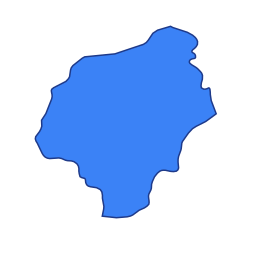 map outline of Bistrita-Nasaud (Natural Earth projection), rotated 343°
{"feature_id": "ROU-295", "entity_name": "Bistrita-Nasaud", "entity_type": "County", "adm_level": 1, "iso_a3": "ROU", "parent_name": "Romania", "parent_adm1": "", "projection": "natural_earth1", "projection_center": [24.568, 47.164], "detail": "fine", "context": "isolated", "style": "filled", "palette": "blue", "viewbox_px": 256, "rotation_deg": 343, "n_neighbors": 0, "source": "natural_earth", "source_scale": "10m", "svg_char_len": 1847}
<svg xmlns="http://www.w3.org/2000/svg" viewBox="0 0 256 256"><g transform="rotate(343 128 128)"><path d="M77.6,204.8L81.0,198.5L82.0,196.0L83.0,187.7L83.9,184.8L84.3,181.5L83.5,178.8L80.5,175.9L74.9,173.2L73.0,171.9L71.9,170.2L71.6,167.9L71.9,166.3L72.2,164.8L71.9,163.6L69.1,161.8L67.9,160.5L68.0,157.5L68.4,154.9L69.2,152.4L69.4,149.8L68.7,147.3L66.5,144.4L64.2,142.9L60.5,141.5L58.8,140.5L55.5,137.7L53.1,136.4L44.1,134.3L42.0,133.2L40.3,131.6L39.2,129.6L38.5,127.1L36.8,115.9L36.2,113.7L36.2,111.3L37.2,109.3L42.3,105.6L44.4,103.5L46.1,101.1L47.6,95.3L53.7,90.2L63.5,77.9L64.6,75.9L65.1,74.0L65.4,70.9L65.7,69.6L66.5,68.6L68.8,67.7L82.2,65.3L85.4,63.5L87.1,61.9L90.1,55.6L91.4,53.8L93.6,52.2L104.6,47.9L107.4,47.3L137.2,53.3L167.2,52.5L170.5,51.6L173.0,50.0L179.5,44.7L184.9,43.1L198.4,43.2L200.2,45.0L212.7,53.8L216.9,58.1L218.8,61.1L219.6,63.3L219.8,65.6L218.8,68.4L217.0,70.1L214.9,71.3L213.0,72.0L211.7,72.9L211.4,74.0L211.9,74.9L212.8,75.8L213.5,77.0L213.7,78.3L213.3,80.1L212.6,80.8L211.5,80.9L210.3,80.7L209.1,80.7L207.7,80.9L206.6,81.6L205.9,82.8L206.1,84.3L207.6,86.4L210.7,89.9L211.9,91.6L213.8,95.3L214.5,97.2L214.6,99.5L213.4,103.1L211.4,106.2L210.2,108.9L209.9,111.0L211.8,113.0L213.6,113.5L215.4,113.5L216.6,113.2L217.4,113.6L217.7,114.8L217.1,117.9L216.5,120.1L215.6,126.1L216.5,140.2L204.2,144.5L193.8,146.3L189.5,147.5L184.3,150.5L176.3,156.7L175.1,158.1L172.9,163.2L172.1,164.6L168.1,169.9L166.8,172.4L165.9,175.2L164.7,181.0L163.5,182.6L161.7,183.4L158.8,183.0L156.2,182.0L151.5,179.4L149.5,178.7L147.7,178.4L145.8,178.6L142.9,179.8L139.0,182.5L135.7,186.3L134.1,188.7L132.7,192.5L131.7,194.0L128.6,197.3L127.7,199.0L127.2,201.2L126.9,203.3L126.4,205.4L125.6,207.0L123.3,208.3L120.3,209.2L114.6,209.9L107.3,212.5L104.8,212.9L101.3,212.7L90.7,210.4L77.6,204.8Z" fill="#3b82f6" stroke="#1e3a8a" stroke-width="1.5"/></g></svg>